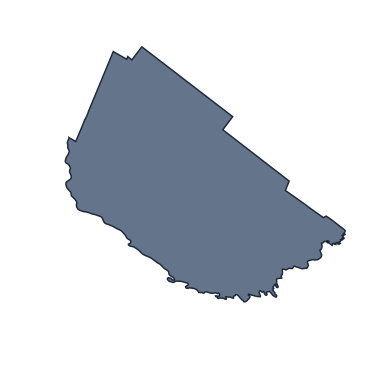 the district of Bārtas pag., Grobinas, Latvia, rotated 38°
{"feature_id": "27541924B34143831895881", "entity_name": "Bārtas pag.", "entity_type": "district", "adm_level": 2, "iso_a3": "LVA", "parent_name": "Latvia", "parent_adm1": "Grobinas", "projection": "natural_earth1", "projection_center": [21.383, 56.376], "detail": "fine", "context": "isolated", "style": "filled", "palette": "slate", "viewbox_px": 384, "rotation_deg": 38, "n_neighbors": 0, "source": "geoboundaries", "source_scale": "gbopen_adm2", "svg_char_len": 6053}
<svg xmlns="http://www.w3.org/2000/svg" viewBox="0 0 384 384"><g transform="rotate(38 192 192)"><path d="M63.1,108.5L63.3,124.9L58.0,124.8L58.8,127.6L43.5,129.8L60.9,192.6L61.3,193.3L63.1,200.5L62.9,200.7L64.9,207.6L69.3,223.8L63.5,224.6L62.2,224.9L61.6,224.9L62.1,225.4L62.6,227.9L63.6,230.2L65.2,231.4L66.6,233.4L67.6,234.1L69.7,235.0L70.2,235.5L70.8,236.9L71.3,238.9L71.5,241.4L72.2,243.8L73.1,245.6L73.5,246.1L74.1,246.4L74.7,246.6L77.1,246.2L78.1,246.4L79.1,246.8L80.4,247.4L81.4,248.1L81.9,248.6L82.0,249.5L82.4,250.4L83.1,251.5L86.9,253.7L87.5,254.3L88.1,255.2L88.2,256.4L88.2,257.1L87.1,260.6L87.0,261.6L87.0,262.3L88.1,263.8L89.1,264.6L90.7,265.6L92.0,266.0L96.3,266.8L97.0,267.1L97.5,267.5L98.6,268.6L99.5,269.3L103.9,269.8L106.3,270.3L108.0,271.6L108.6,272.9L109.0,273.6L109.9,274.4L110.6,274.9L112.4,275.6L113.8,275.7L114.6,275.6L119.1,274.0L120.9,272.7L122.0,272.5L123.6,271.7L126.8,270.8L128.3,270.0L130.0,269.3L135.1,267.6L135.9,267.5L136.8,267.7L137.7,268.0L140.6,269.6L142.2,270.1L143.0,270.1L144.1,269.9L146.3,269.0L151.0,267.7L155.5,267.1L159.2,266.2L161.3,266.2L166.1,267.1L168.8,268.3L169.8,268.4L170.8,268.4L172.7,268.1L173.4,268.1L173.9,268.3L174.8,269.3L174.9,269.7L174.8,270.2L174.5,271.2L174.0,272.3L174.2,272.6L174.9,272.8L176.5,272.7L179.9,271.1L180.8,271.0L185.0,270.7L187.4,270.9L190.4,271.3L192.2,271.2L194.7,270.7L198.6,269.6L200.9,269.2L208.2,269.1L210.3,268.7L212.4,268.7L216.6,269.3L217.6,269.3L219.6,269.0L222.3,269.0L222.8,269.2L224.0,270.5L224.7,271.0L225.5,271.3L226.3,271.3L229.8,270.9L231.1,271.0L232.0,271.7L232.3,272.2L231.7,272.9L230.3,273.3L229.3,273.1L228.1,273.2L226.1,274.0L225.9,274.3L226.0,275.5L226.4,275.9L227.2,276.2L228.9,276.4L229.6,276.2L230.8,275.6L232.0,275.3L232.9,274.8L233.3,274.2L234.1,272.4L234.8,271.6L238.5,269.1L239.7,268.5L242.5,267.5L243.8,266.8L244.9,266.6L245.6,266.8L246.1,267.2L246.1,267.8L245.3,269.9L245.2,270.6L245.8,271.1L246.3,271.2L247.1,271.1L247.6,270.7L248.6,269.7L249.0,269.0L253.0,266.8L254.2,266.4L255.4,266.1L256.9,266.2L259.3,267.0L261.5,265.2L262.7,265.0L263.5,264.5L263.7,264.2L263.8,263.5L263.8,262.9L264.0,262.5L264.5,262.1L266.1,261.2L268.3,260.5L270.0,259.6L271.1,258.7L272.1,257.4L272.7,256.9L274.9,256.1L275.1,255.4L275.4,255.2L275.8,255.1L276.3,255.3L276.8,255.9L277.4,256.4L277.6,256.7L277.6,256.9L276.4,258.2L275.3,258.9L274.7,259.1L274.5,259.4L274.8,259.6L275.3,259.7L275.9,259.6L276.3,259.3L276.7,259.3L277.8,259.8L278.2,259.8L278.8,259.3L278.8,258.9L279.1,258.4L282.0,256.5L282.3,256.3L283.8,256.1L284.8,255.7L285.0,255.3L284.8,254.9L283.4,254.2L283.0,253.9L283.2,253.5L285.5,252.3L286.0,251.8L286.6,251.5L288.3,250.8L288.9,250.7L289.3,250.4L289.9,250.4L290.0,250.1L289.6,249.7L289.6,249.4L289.0,248.6L289.1,248.1L289.8,247.2L289.8,246.9L289.6,246.1L289.8,245.8L290.2,245.5L291.1,245.2L292.1,245.2L293.2,245.4L294.9,245.8L296.4,246.0L297.5,246.2L299.1,246.1L300.3,246.5L300.7,246.5L301.6,245.6L302.3,243.7L302.3,241.9L302.5,241.1L302.3,240.5L302.4,239.6L302.3,239.1L301.8,238.6L301.5,238.5L301.0,238.4L300.6,238.6L299.8,238.5L299.5,238.2L299.5,237.7L301.2,236.9L302.3,236.7L303.7,235.9L307.1,234.6L308.8,233.4L309.7,233.0L310.3,232.4L310.2,232.1L309.6,231.5L307.1,230.1L306.5,229.6L306.2,229.0L306.1,228.5L306.2,228.1L307.3,227.6L308.8,227.8L309.1,227.6L309.3,227.2L309.5,226.3L309.8,226.2L310.2,226.3L311.0,227.1L311.8,227.6L312.8,227.9L313.6,227.9L314.2,227.5L314.3,226.8L313.9,226.3L312.7,225.6L312.4,225.3L312.4,224.9L312.8,224.3L313.4,223.9L313.8,223.1L314.4,222.7L316.8,223.0L319.4,223.7L322.6,223.3L323.0,223.0L322.8,221.8L322.5,221.5L322.0,221.3L320.5,221.4L320.1,221.2L319.2,220.3L318.0,220.1L315.4,219.4L315.3,219.1L315.9,218.2L315.9,217.8L315.5,217.5L314.5,217.2L314.2,216.8L314.4,215.7L314.0,214.1L314.1,213.8L314.3,213.5L314.8,213.4L315.1,213.6L315.7,214.3L317.0,215.0L317.5,215.0L318.1,214.8L318.4,214.4L318.4,214.0L318.1,213.5L315.2,211.9L314.6,211.4L313.7,210.2L312.7,209.4L312.5,208.9L312.5,208.2L312.9,207.5L314.2,206.0L315.6,204.9L315.8,204.6L315.6,204.3L314.8,204.1L314.5,203.9L313.8,202.5L313.9,201.9L313.9,201.5L313.3,200.8L313.2,200.1L312.0,198.8L311.4,198.3L310.9,197.5L310.9,197.0L311.5,196.5L314.0,195.5L314.2,195.3L315.4,192.3L318.1,190.7L318.3,189.6L318.1,188.4L318.2,187.5L326.2,184.6L328.7,181.9L329.3,181.6L329.4,181.3L329.5,180.5L328.8,178.0L326.7,176.7L326.2,176.3L325.9,175.9L325.8,175.1L326.0,174.6L327.7,172.4L328.3,171.4L329.1,170.8L330.0,170.4L330.6,170.0L332.0,168.7L332.7,167.9L332.9,167.5L333.8,164.6L333.8,163.8L333.4,162.5L332.9,161.7L332.0,161.1L330.0,160.1L328.6,159.0L328.7,158.6L329.1,158.0L329.2,157.5L328.7,156.7L328.7,156.2L328.2,155.2L327.3,154.0L326.3,153.4L325.6,152.6L326.5,151.5L326.7,149.5L327.0,149.2L327.2,149.3L327.5,149.1L328.0,148.5L328.4,147.9L328.6,147.0L328.8,146.8L329.7,146.6L330.4,146.8L330.1,147.4L329.6,147.5L329.3,147.9L329.3,148.4L329.6,148.6L330.2,148.5L331.0,148.0L332.2,147.8L333.5,147.7L334.0,147.6L334.6,147.6L335.0,147.9L335.3,147.8L335.2,147.4L334.8,146.7L334.7,146.1L335.2,145.6L335.4,144.8L335.7,144.9L335.8,145.4L336.1,145.5L336.7,145.3L337.0,144.9L337.7,144.8L337.6,144.6L336.9,144.5L336.8,144.3L337.2,144.1L337.1,143.7L336.9,143.2L337.2,142.4L337.5,142.3L337.6,142.8L337.8,142.9L338.5,142.8L338.8,143.1L339.3,143.1L339.5,142.6L340.2,142.3L340.2,141.8L340.5,141.5L340.5,141.2L340.1,141.3L339.2,141.5L339.0,141.3L339.2,140.9L338.7,140.7L338.7,140.1L339.1,139.9L339.3,139.7L339.3,139.4L338.8,138.2L338.5,138.1L339.0,137.6L339.5,137.7L339.8,137.6L339.9,137.2L339.7,137.0L339.1,136.8L338.7,136.4L338.7,136.2L339.3,136.0L340.0,136.1L340.3,135.8L340.3,134.7L340.0,134.6L338.9,134.8L338.7,134.7L338.8,134.4L338.6,134.2L338.3,134.2L337.2,133.9L337.3,133.7L337.9,133.7L338.2,133.3L338.2,133.2L337.7,133.1L337.3,132.8L337.2,132.0L337.0,131.7L337.3,131.6L338.6,131.8L338.7,131.7L338.8,131.4L338.7,131.1L338.3,130.9L337.6,131.0L337.2,130.8L337.0,130.5L337.1,129.4L336.7,128.4L336.3,128.1L335.3,127.9L318.5,128.0L312.5,128.4L311.4,131.3L297.2,132.0L288.2,132.2L264.7,133.3L261.8,123.6L177.9,124.0L177.7,107.6L63.1,108.5Z" fill="#64748b" stroke="#1e293b" stroke-width="1.5"/></g></svg>